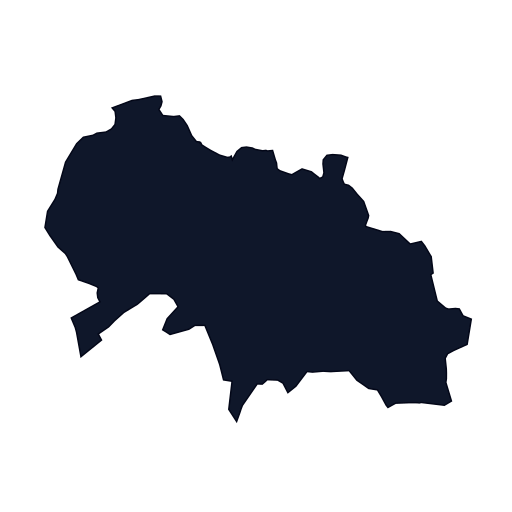 the district of Nebro, Ad Daqahliyah, Egypt, rotated 263°
{"feature_id": "37247803B57477737935705", "entity_name": "Nebro", "entity_type": "district", "adm_level": 2, "iso_a3": "EGY", "parent_name": "Egypt", "parent_adm1": "Ad Daqahliyah", "projection": "orthographic", "projection_center": [31.299, 31.129], "detail": "fine", "context": "isolated", "style": "filled", "palette": "ink", "viewbox_px": 512, "rotation_deg": 263, "n_neighbors": 0, "source": "geoboundaries", "source_scale": "gbopen_adm2", "svg_char_len": 2754}
<svg xmlns="http://www.w3.org/2000/svg" viewBox="0 0 512 512"><g transform="rotate(263 256 256)"><path d="M177.4,70.0L178.1,71.1L191.4,92.4L197.8,89.9L203.6,101.0L209.0,107.7L216.1,117.9L222.6,132.3L224.4,135.1L228.6,141.4L231.6,145.8L230.2,156.9L229.4,162.8L228.8,163.4L223.0,169.3L222.2,169.6L215.1,172.5L214.6,171.9L204.6,160.2L194.8,154.8L194.1,154.4L191.5,157.7L188.6,161.1L190.3,172.4L191.5,180.4L192.0,181.5L194.6,186.9L193.4,196.8L173.3,202.3L168.6,203.3L153.5,206.6L151.7,206.9L137.0,208.7L134.6,217.0L113.7,211.9L107.1,210.3L94.1,216.6L102.6,220.9L106.0,222.5L109.4,224.3L128.9,241.6L128.1,246.6L130.1,249.6L131.9,252.1L130.2,262.4L126.5,267.3L116.5,271.0L121.9,279.7L135.1,292.5L134.8,294.0L133.9,297.9L133.5,308.6L132.3,315.2L132.1,316.9L132.0,318.7L130.9,334.5L120.4,341.0L115.0,347.1L110.8,351.7L109.6,355.8L108.3,360.3L107.5,360.6L101.0,363.5L92.1,367.0L89.6,368.5L91.6,373.4L92.9,376.7L91.8,389.9L90.7,398.6L90.3,400.1L90.5,402.2L85.0,424.5L84.9,424.7L88.2,432.3L107.4,429.0L111.0,430.0L116.4,430.7L120.6,431.1L125.6,431.2L131.4,431.3L135.7,434.3L136.2,435.7L138.2,440.8L142.6,454.8L167.1,462.0L171.4,454.2L178.7,451.3L179.2,449.2L179.6,447.5L179.8,441.1L180.0,440.2L181.2,437.8L189.2,430.4L216.2,427.2L217.5,429.7L234.1,429.8L235.5,429.1L245.4,424.8L250.3,421.9L249.5,414.5L249.1,410.5L253.6,406.7L260.7,400.8L263.9,392.6L264.8,384.4L271.9,368.5L273.5,368.5L276.8,370.2L280.0,371.9L282.4,372.7L286.2,371.9L297.0,369.5L305.1,363.8L311.6,359.8L312.8,358.6L314.9,356.5L316.5,352.4L318.9,351.6L322.2,350.8L330.3,354.2L342.6,359.1L343.2,357.5L345.7,352.6L347.3,344.4L347.3,338.7L343.3,334.5L339.2,333.7L330.3,333.6L326.3,331.9L325.1,328.5L326.3,327.8L330.3,323.7L332.8,321.3L336.8,312.3L334.0,305.5L332.6,302.2L332.3,301.5L333.6,298.3L336.1,293.3L337.7,290.1L339.0,288.7L340.1,287.6L342.5,287.6L345.8,287.7L349.0,286.9L358.7,285.3L358.8,282.0L358.8,281.2L358.8,280.3L359.6,278.7L359.6,275.4L362.0,268.0L363.6,265.6L365.3,259.8L365.3,254.9L362.1,249.9L354.3,244.2L358.2,243.6L357.3,242.0L357.4,239.5L360.6,232.1L366.3,223.9L369.5,219.8L372.8,215.8L375.2,214.9L375.2,214.1L376.0,214.1L376.8,210.8L383.3,206.8L393.8,203.6L400.3,200.3L404.4,197.1L404.4,191.3L406.8,180.6L411.7,178.2L413.3,177.4L416.6,179.9L420.6,181.5L426.3,180.8L427.1,175.0L425.5,158.6L425.5,152.0L420.5,131.3L416.7,133.8L410.2,133.8L403.7,132.1L399.7,128.0L397.3,122.2L397.3,113.1L395.7,109.0L394.9,99.1L389.3,91.7L372.3,78.4L370.8,77.8L346.4,67.6L342.4,66.7L336.7,63.4L325.8,54.6L310.0,50.0L301.1,54.1L299.3,55.1L289.0,60.6L284.5,64.6L281.7,67.1L278.4,68.7L259.8,75.2L254.1,76.8L249.3,86.6L245.2,94.0L243.6,95.6L238.7,93.9L233.9,93.9L229.5,95.6L217.0,65.1L215.9,65.4L207.1,67.9L203.0,68.5L202.2,68.6L177.4,70.0Z" fill="#0f172a" stroke="#020617" stroke-width="1.5"/></g></svg>